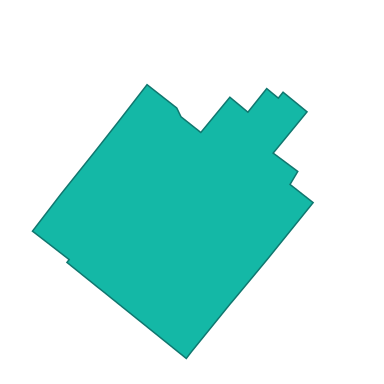 outline of Garland, Arkansas, United States of America, rotated 308°
{"feature_id": "52423323B93993712170814", "entity_name": "Garland", "entity_type": "district", "adm_level": 2, "iso_a3": "USA", "parent_name": "United States of America", "parent_adm1": "Arkansas", "projection": "mercator", "projection_center": [-93.096, 34.581], "detail": "fine", "context": "isolated", "style": "filled", "palette": "teal", "viewbox_px": 384, "rotation_deg": 308, "n_neighbors": 0, "source": "geoboundaries", "source_scale": "gbopen_adm2", "svg_char_len": 529}
<svg xmlns="http://www.w3.org/2000/svg" viewBox="0 0 384 384"><g transform="rotate(308 192 192)"><path d="M63.0,105.8L63.1,136.8L59.5,136.8L58.9,176.6L58.9,181.1L57.3,290.0L65.8,289.9L127.2,291.0L135.0,291.3L185.0,292.8L258.2,294.0L258.3,264.6L273.3,262.7L272.6,232.0L288.0,232.4L326.0,233.3L326.7,202.3L319.1,202.2L319.3,194.3L319.5,187.2L289.3,186.9L290.0,163.5L244.3,162.3L244.5,137.0L248.8,128.3L248.9,90.5L202.6,90.7L164.6,90.6L109.6,90.0L62.9,90.4L63.0,105.8Z" fill="#14b8a6" stroke="#0f766e" stroke-width="1.5"/></g></svg>